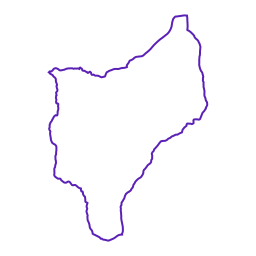 Yacuanquer, Nariño, Colombia (Natural Earth projection)
{"feature_id": "7082276B68439482186320", "entity_name": "Yacuanquer", "entity_type": "district", "adm_level": 2, "iso_a3": "COL", "parent_name": "Colombia", "parent_adm1": "Nariño", "projection": "natural_earth1", "projection_center": [-77.429, 1.122], "detail": "fine", "context": "isolated", "style": "outline", "palette": "violet", "viewbox_px": 256, "rotation_deg": 0, "n_neighbors": 0, "source": "geoboundaries", "source_scale": "gbopen_adm2", "svg_char_len": 5622}
<svg xmlns="http://www.w3.org/2000/svg" viewBox="0 0 256 256"><path d="M48.8,72.3L49.7,73.1L49.9,73.5L50.5,73.9L52.8,75.2L53.4,76.4L54.9,77.6L55.3,78.1L55.8,79.0L55.9,81.5L56.1,82.1L56.7,83.7L57.0,84.8L57.0,85.2L56.6,85.7L56.5,86.1L56.9,88.2L57.4,89.5L57.4,89.9L57.4,90.4L57.3,91.0L57.0,91.4L56.2,92.4L56.1,92.9L56.6,95.3L56.1,95.8L56.1,96.7L55.9,97.6L55.9,98.0L56.4,99.5L56.3,100.2L56.1,101.2L56.1,102.2L56.2,102.8L56.6,103.4L57.5,103.4L58.0,103.7L58.2,103.9L58.3,104.8L58.0,106.2L58.3,107.3L58.3,109.1L58.2,109.8L57.7,111.2L57.6,112.5L57.6,113.7L57.4,114.9L57.2,115.3L56.8,115.5L56.1,115.3L55.6,115.2L54.8,115.9L54.4,116.1L53.4,117.6L52.9,118.8L52.4,119.4L51.6,121.2L50.4,122.6L50.2,123.7L49.7,124.4L49.6,127.4L49.6,127.7L49.2,128.3L49.2,128.6L49.4,129.8L50.3,131.2L50.4,131.5L50.1,132.8L50.1,134.1L50.7,137.6L50.9,139.0L50.9,139.7L51.2,140.7L51.7,141.5L51.8,142.2L52.0,142.6L53.5,143.8L55.0,144.6L55.9,145.5L56.2,146.2L56.4,147.0L56.4,149.8L56.1,152.5L56.1,154.5L55.5,155.5L55.4,156.9L55.5,159.5L55.9,160.9L56.0,163.0L55.9,163.3L55.3,165.1L55.1,167.0L54.5,168.1L54.4,168.4L54.3,169.1L54.4,172.4L54.4,173.9L54.2,174.8L54.3,175.4L54.6,176.0L55.5,177.0L56.7,177.8L57.6,178.5L57.9,178.6L58.7,178.7L59.9,178.6L60.4,178.8L61.4,180.4L64.0,182.4L64.4,182.6L65.9,182.7L66.3,182.6L67.8,181.7L68.4,181.5L68.7,181.5L69.5,181.9L70.0,182.3L71.2,184.0L72.0,185.0L72.5,185.2L73.3,185.3L74.0,185.0L75.1,185.0L75.8,185.3L76.6,185.9L77.6,186.9L78.9,187.8L79.8,188.2L80.9,188.4L81.0,188.7L80.9,189.8L81.3,191.1L81.5,191.4L82.5,191.5L82.9,192.4L83.0,194.0L83.3,194.7L84.0,195.9L85.0,196.8L85.3,199.5L85.3,201.0L85.4,201.6L85.7,202.0L87.1,202.7L87.5,203.0L86.7,205.7L86.6,206.3L86.7,207.2L87.2,208.3L87.2,208.7L86.6,210.6L86.5,211.6L86.7,212.5L87.6,215.3L87.6,216.0L87.4,216.4L87.4,216.8L87.6,219.7L87.8,220.6L88.5,221.9L89.4,224.5L89.8,227.3L89.9,227.7L90.4,228.7L91.9,230.5L92.5,232.4L92.6,233.4L92.7,233.7L93.1,234.1L94.9,234.9L96.8,235.9L97.4,236.1L98.1,236.6L99.2,237.1L100.0,237.7L100.7,238.7L101.9,238.7L102.7,239.4L103.2,239.6L104.3,239.7L107.7,240.5L108.7,240.6L113.4,238.6L114.9,237.7L117.1,236.0L118.7,235.1L120.2,234.7L122.1,234.6L122.0,233.7L122.5,232.7L122.9,231.0L122.9,230.2L122.8,227.1L122.5,225.3L121.4,219.8L121.2,217.7L121.3,215.9L121.1,214.4L121.1,212.9L120.7,210.3L120.9,209.3L120.8,208.1L120.6,207.1L120.7,206.4L121.4,205.1L121.5,204.1L121.5,203.1L121.7,202.4L122.9,200.7L123.6,199.3L124.2,198.6L124.5,197.6L124.7,196.8L125.1,195.6L126.1,193.7L127.1,193.0L127.5,192.5L128.9,191.9L129.4,191.3L130.2,190.9L130.8,190.4L131.1,189.5L132.9,187.1L133.3,185.4L133.5,184.8L134.6,183.2L135.4,181.7L136.7,180.2L138.2,178.9L138.9,178.4L140.5,177.5L141.3,176.7L142.6,174.7L143.3,173.1L143.4,171.3L143.6,170.6L144.1,169.7L145.1,168.8L147.0,166.3L147.6,165.3L149.8,163.6L150.4,163.1L150.9,162.4L151.2,161.5L151.2,160.4L151.4,159.8L151.9,159.2L152.1,158.8L152.2,158.1L152.1,156.9L152.3,155.9L151.9,154.4L151.8,153.8L151.9,153.5L152.3,152.4L153.5,151.1L153.8,150.7L154.0,149.8L154.4,149.1L155.4,148.1L157.6,145.6L159.6,142.8L161.0,141.3L161.9,141.0L165.3,140.8L167.0,139.9L168.3,138.7L170.5,137.7L171.2,136.9L172.1,136.3L172.9,136.1L173.6,135.8L174.4,135.3L176.1,134.6L177.2,134.7L177.7,134.5L180.1,133.1L180.4,133.0L181.9,132.4L182.1,131.8L182.5,130.1L182.8,129.4L183.8,128.3L184.3,127.5L186.3,126.0L186.6,125.2L186.6,124.4L186.8,124.0L187.2,123.7L187.6,123.5L187.9,123.5L189.0,123.7L190.7,123.7L191.5,124.0L191.8,124.1L192.2,124.0L193.3,123.4L193.5,123.2L193.6,122.5L193.4,120.4L193.6,119.9L193.8,119.6L194.4,119.4L196.4,119.3L197.6,119.4L198.3,119.6L198.9,119.6L199.3,119.5L199.9,119.2L200.3,118.4L200.8,117.2L202.4,113.1L203.0,112.3L204.3,110.9L205.4,109.1L205.9,108.6L205.8,108.1L206.0,107.5L207.2,105.2L207.2,103.8L207.0,102.2L206.4,101.3L205.9,100.4L205.7,99.8L205.5,98.4L204.6,96.2L204.4,95.4L204.4,93.4L204.5,91.4L203.9,88.1L203.5,86.9L203.6,86.2L203.5,83.7L203.6,82.2L203.1,81.3L202.9,80.7L203.0,77.6L203.3,76.8L203.1,76.2L202.9,75.1L202.6,74.2L202.5,73.6L202.3,72.9L201.8,71.9L201.1,71.1L200.0,68.5L199.7,67.2L199.2,64.9L199.3,61.2L199.2,60.5L199.4,57.6L199.5,56.3L199.9,55.1L200.0,53.5L200.0,51.6L200.4,47.1L200.4,46.6L199.7,44.3L199.5,43.5L199.0,42.8L198.3,41.1L197.3,39.8L195.8,38.6L194.7,37.3L194.3,36.6L194.2,35.7L192.9,34.3L190.7,32.1L190.1,31.7L188.8,30.7L188.1,30.5L187.3,29.9L187.6,27.2L187.6,25.6L187.5,22.8L187.4,21.6L187.3,18.2L187.0,15.6L186.3,15.6L185.0,15.4L184.1,15.4L179.5,16.1L176.5,16.5L175.6,16.5L175.0,16.9L174.6,17.2L173.3,18.8L173.0,19.5L172.2,22.4L171.7,25.8L171.3,27.4L170.6,29.2L169.3,31.5L168.5,32.6L167.4,33.8L162.2,37.9L160.2,39.3L157.3,41.8L154.6,44.4L153.1,46.0L150.5,49.1L147.6,51.8L146.0,53.0L143.8,55.0L142.8,55.8L141.8,56.2L136.0,56.9L134.2,57.9L133.8,58.5L133.4,58.8L131.3,60.1L130.3,60.4L129.8,60.7L129.4,61.2L129.0,62.0L128.5,63.0L127.1,64.8L126.8,66.0L126.9,67.1L124.7,67.8L122.0,68.0L120.7,68.3L118.5,69.0L115.6,68.9L114.4,69.0L113.6,69.2L111.5,70.1L109.3,70.8L108.2,71.5L107.0,72.1L106.6,72.5L105.8,74.2L105.2,76.0L104.9,76.5L101.6,77.3L100.9,77.1L99.2,76.2L98.3,75.8L96.8,75.6L95.7,75.7L94.9,75.5L93.6,74.6L92.9,74.8L91.9,74.8L91.5,74.4L91.3,74.1L91.0,72.7L90.2,71.8L89.6,71.8L88.5,72.7L88.2,72.8L87.7,72.9L87.3,72.6L86.9,72.0L85.7,71.6L84.6,70.8L83.9,70.7L83.3,70.8L82.4,70.4L81.9,68.8L81.6,68.5L80.8,68.1L80.4,67.8L80.2,67.6L79.9,67.7L79.6,68.6L79.3,69.0L78.9,68.8L78.3,68.4L76.7,68.6L74.7,68.5L73.6,68.8L72.7,68.4L72.0,68.3L68.2,68.4L67.7,68.6L66.5,68.7L64.6,69.6L61.0,70.4L59.7,70.3L59.2,70.0L58.5,69.3L58.2,69.1L56.4,68.3L55.5,68.2L54.7,68.4L53.9,68.8L53.6,69.0L53.1,69.8L51.5,71.4L51.0,71.5L50.2,71.3L49.9,71.3L48.8,72.3Z" fill="none" stroke="#5b21b6" stroke-width="2"/></svg>